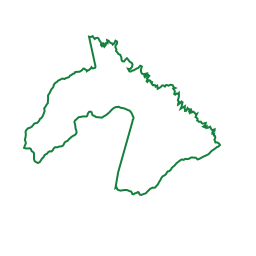 Juvenília, Minas Gerais, Brazil, rotated 27°
{"feature_id": "56859067B33554639840429", "entity_name": "Juvenília", "entity_type": "district", "adm_level": 2, "iso_a3": "BRA", "parent_name": "Brazil", "parent_adm1": "Minas Gerais", "projection": "equal_earth", "projection_center": [-44.1, -14.399], "detail": "fine", "context": "isolated", "style": "outline", "palette": "green", "viewbox_px": 256, "rotation_deg": 27, "n_neighbors": 0, "source": "geoboundaries", "source_scale": "gbopen_adm2", "svg_char_len": 5213}
<svg xmlns="http://www.w3.org/2000/svg" viewBox="0 0 256 256"><g transform="rotate(27 128 128)"><path d="M132.9,77.6L131.7,77.8L130.9,78.6L129.0,77.8L128.6,76.3L127.4,76.9L126.7,75.8L125.6,75.7L124.6,76.8L124.3,78.2L123.3,77.8L123.6,76.0L122.4,75.4L123.0,73.6L123.3,71.9L122.1,71.7L120.9,71.1L120.9,73.4L119.9,75.0L118.9,74.2L119.5,71.3L117.4,73.0L115.7,73.2L114.2,72.1L113.1,70.4L112.4,66.9L110.6,67.0L109.9,69.7L108.6,71.3L106.9,74.1L105.5,75.1L104.8,76.5L103.5,76.9L101.1,75.2L102.8,74.8L103.4,73.7L103.8,71.5L103.2,69.3L102.0,68.4L99.0,68.0L96.9,66.9L95.4,66.3L94.8,67.7L94.3,70.5L92.7,71.1L91.2,70.1L90.2,68.3L87.8,66.3L85.8,66.4L83.4,65.1L82.3,64.8L82.0,63.2L80.0,61.7L79.5,60.1L79.9,58.2L79.6,56.9L78.8,55.9L77.2,55.9L77.4,58.9L76.5,60.6L75.6,59.8L74.6,60.1L72.7,59.9L71.2,59.1L69.5,59.2L70.4,60.5L71.3,61.8L69.9,62.4L70.5,64.2L70.0,66.4L69.2,65.8L69.0,64.4L67.8,63.6L66.8,64.2L68.1,65.5L67.7,67.0L66.3,66.4L65.5,64.4L62.9,63.0L61.5,61.9L60.1,61.4L58.5,62.4L58.0,63.8L56.5,63.2L54.8,62.2L53.6,63.9L51.8,64.3L71.0,87.8L71.4,89.2L70.1,90.5L69.1,91.1L67.9,90.4L67.5,92.4L67.0,93.9L66.1,95.0L65.5,96.1L64.8,95.2L63.4,95.3L62.2,94.9L61.2,95.4L60.9,96.9L60.2,98.4L59.4,99.7L58.0,100.6L56.5,101.5L55.5,102.2L55.5,103.7L54.3,104.7L53.5,106.6L52.6,107.5L52.3,109.4L51.0,110.9L49.9,111.9L49.2,113.2L47.6,113.5L46.7,114.2L45.9,115.3L45.1,116.5L44.3,117.4L43.9,118.9L43.2,120.0L42.5,121.6L42.3,123.3L42.8,124.9L42.6,126.7L42.2,128.1L42.2,129.7L42.2,131.3L42.3,132.7L42.1,133.9L42.0,135.4L42.8,136.8L43.7,138.6L44.6,140.8L45.3,142.4L44.9,144.0L44.8,145.6L44.7,147.2L44.4,148.6L45.2,149.6L46.1,151.0L46.3,153.0L46.4,154.2L46.6,155.6L46.5,157.2L46.2,158.6L45.4,160.0L45.6,161.7L45.2,163.2L44.9,164.5L43.6,165.6L42.5,166.6L42.1,168.8L41.7,170.5L40.9,171.8L40.1,172.7L39.1,173.5L38.7,174.9L38.3,176.1L38.3,177.4L38.9,178.7L39.6,179.6L40.2,180.8L40.8,182.5L41.2,184.2L41.5,185.4L42.4,186.2L43.4,187.2L44.0,188.4L44.1,190.7L44.4,192.9L45.9,192.7L47.0,192.2L48.3,191.6L49.6,190.7L50.8,190.8L51.6,191.4L52.8,192.4L54.4,192.5L55.7,193.2L56.5,194.6L57.2,196.1L57.9,197.4L58.5,198.6L59.8,199.8L61.1,200.1L62.2,200.1L63.6,200.1L64.8,198.5L65.1,196.3L65.2,194.3L65.7,193.2L66.0,191.9L66.0,189.8L66.9,188.5L67.6,187.5L67.9,185.6L69.0,184.1L70.2,183.9L71.0,182.3L71.1,180.4L71.4,178.7L72.4,177.9L73.6,177.4L74.5,176.5L75.4,175.5L77.0,174.6L78.0,173.3L78.2,172.0L78.1,170.1L78.6,168.5L79.9,167.1L80.4,165.2L81.0,163.4L81.6,161.9L82.4,160.3L83.4,158.9L84.2,157.6L84.3,155.5L83.2,153.8L81.6,152.4L80.7,151.0L79.7,149.5L78.8,148.4L77.5,147.0L77.4,145.3L78.0,144.0L78.5,142.5L79.1,140.8L79.9,140.2L80.9,139.5L81.9,138.7L82.8,138.1L84.0,137.4L85.1,137.0L86.0,136.3L86.0,134.8L85.7,133.4L85.9,131.4L87.2,130.4L88.4,130.5L89.3,131.5L90.2,132.4L91.3,132.7L92.4,132.5L93.5,132.6L94.6,132.8L95.5,132.4L96.8,131.9L98.4,131.2L100.0,130.7L100.9,129.1L101.7,127.7L102.6,126.6L103.3,124.8L104.1,123.0L104.6,121.2L105.1,119.5L105.6,118.1L106.1,117.1L107.0,115.6L108.0,114.6L109.2,114.2L109.9,113.3L110.9,113.3L112.2,113.3L113.6,112.9L115.1,112.4L116.4,112.2L118.6,112.1L120.1,112.0L121.6,111.8L122.9,112.4L123.8,112.7L124.7,113.4L125.9,114.2L126.7,115.1L127.8,115.7L128.6,117.1L128.6,118.8L129.0,120.0L139.3,171.8L144.1,187.3L144.9,186.2L146.0,187.2L147.3,187.7L148.8,187.4L150.2,187.0L151.1,186.1L152.1,185.6L152.9,184.9L154.0,184.3L155.5,183.7L156.6,183.6L157.6,183.6L158.7,183.4L159.6,183.2L160.8,183.9L162.0,184.9L163.1,184.5L163.8,183.1L165.1,182.0L165.8,180.6L166.9,180.5L167.7,181.4L168.9,182.0L170.1,181.7L171.0,180.7L172.2,179.4L173.1,178.6L173.8,177.5L174.0,176.0L174.7,174.2L175.3,172.3L176.3,170.9L177.1,169.9L178.2,169.5L179.3,168.6L179.6,166.9L180.2,164.9L180.2,163.1L180.3,161.2L180.5,159.5L180.4,157.8L180.6,156.3L181.0,155.0L182.0,153.7L182.9,151.9L182.8,150.3L183.0,148.8L184.2,147.9L185.1,145.8L185.1,143.9L185.6,142.3L186.4,140.8L186.8,138.9L187.3,137.2L187.8,136.1L188.3,135.0L189.1,133.5L189.8,132.0L190.9,131.3L192.1,131.1L193.1,129.4L194.3,129.1L195.3,128.5L196.4,127.7L197.2,126.1L198.4,125.1L199.7,124.8L200.8,124.1L202.1,123.7L203.3,124.1L204.3,124.4L205.5,123.2L207.7,119.9L209.2,118.0L211.3,115.4L211.9,114.1L212.8,110.7L215.2,106.3L215.9,104.6L216.9,103.6L217.7,101.4L216.5,100.7L215.4,100.4L213.8,100.4L212.5,101.2L210.3,99.1L210.2,97.1L209.3,95.7L207.9,95.7L207.3,93.8L205.7,94.8L205.1,93.5L206.4,91.1L205.8,89.8L204.1,91.6L203.1,91.5L201.8,90.5L200.5,89.6L199.3,91.3L197.9,92.4L197.3,90.7L195.8,92.6L194.4,92.6L195.6,90.7L195.0,88.2L193.9,89.2L192.6,90.2L191.5,90.2L190.0,89.3L188.4,90.3L187.1,89.9L186.2,89.9L185.9,88.3L184.5,87.7L183.2,87.6L183.0,84.0L182.2,85.1L180.5,84.2L178.9,83.8L177.9,85.0L176.6,83.8L176.9,85.5L176.4,86.6L174.8,85.4L174.6,83.3L173.0,83.7L172.0,83.2L172.1,86.2L171.1,86.9L170.5,85.8L169.4,84.7L168.8,82.8L167.7,84.5L166.9,85.6L166.2,86.8L166.0,84.6L164.9,80.3L163.6,80.1L163.1,82.3L162.0,84.4L161.5,83.1L162.0,81.5L161.0,81.2L160.0,80.9L159.0,76.7L157.4,73.7L157.0,75.0L155.9,75.0L154.9,76.9L153.7,76.7L153.5,75.2L153.1,74.1L152.2,73.3L150.5,72.4L151.9,70.9L150.0,71.0L148.5,69.6L147.4,69.8L146.0,70.3L144.9,71.9L143.4,72.0L142.4,72.5L142.1,74.3L140.6,74.0L139.1,74.6L138.7,76.2L138.1,77.5L136.6,79.6L134.8,77.0L133.8,78.6L132.9,77.6Z" fill="none" stroke="#15803d" stroke-width="2"/></g></svg>